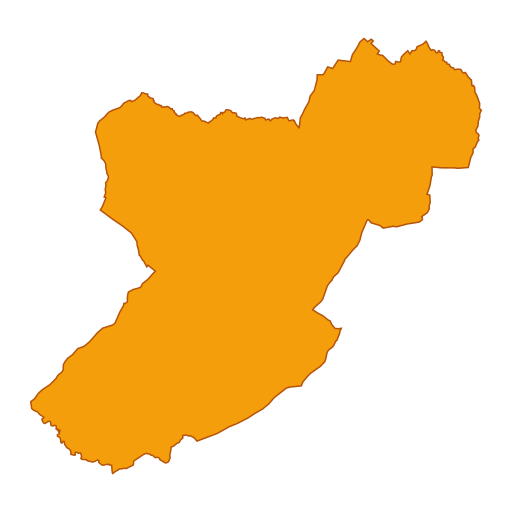 the district of Tunja, Boyacá, Colombia
{"feature_id": "7082276B30096704247804", "entity_name": "Tunja", "entity_type": "district", "adm_level": 2, "iso_a3": "COL", "parent_name": "Colombia", "parent_adm1": "Boyacá", "projection": "albers", "projection_center": [-73.373, 5.515], "detail": "fine", "context": "isolated", "style": "filled", "palette": "amber", "viewbox_px": 512, "rotation_deg": 0, "n_neighbors": 0, "source": "geoboundaries", "source_scale": "gbopen_adm2", "svg_char_len": 5944}
<svg xmlns="http://www.w3.org/2000/svg" viewBox="0 0 512 512"><path d="M471.9,85.5L471.4,79.9L470.4,79.4L469.3,77.8L468.3,77.2L465.6,72.7L465.0,72.4L463.9,73.3L462.3,72.1L460.7,69.3L457.5,69.2L454.6,69.6L453.2,67.7L451.8,67.6L449.9,66.2L449.4,64.4L447.0,63.9L446.7,62.2L445.3,62.1L443.9,60.6L442.6,60.1L442.5,59.5L443.4,58.4L443.4,57.6L443.0,56.3L442.1,55.5L441.9,52.8L439.7,52.1L439.6,51.0L438.8,50.6L438.1,51.2L437.6,52.7L437.0,53.0L435.9,52.5L434.7,50.3L432.5,49.7L431.1,50.3L429.1,47.4L427.2,43.0L426.0,41.2L423.8,43.4L421.8,44.7L417.1,46.7L416.4,48.8L415.4,50.1L414.5,50.6L412.0,50.7L409.9,54.0L407.8,50.7L403.8,54.3L401.8,56.6L401.2,57.7L400.7,61.0L400.2,61.9L399.1,62.2L395.9,61.4L395.5,61.7L395.2,63.9L393.4,64.3L392.7,64.3L388.2,61.0L382.4,55.2L381.2,55.4L377.3,54.0L379.3,51.1L371.2,43.6L371.1,43.2L373.3,41.1L371.3,39.2L367.6,41.7L364.0,38.5L360.0,41.9L357.1,47.5L352.4,54.7L350.4,61.6L338.1,60.1L332.7,68.5L327.7,66.9L324.3,73.1L322.9,74.8L317.2,74.8L317.0,79.9L314.3,90.5L310.1,96.1L308.9,101.8L304.6,109.3L302.8,113.4L300.3,117.9L299.5,125.8L298.9,127.7L295.7,123.8L294.3,120.7L293.9,121.0L293.3,120.0L291.1,120.2L289.7,120.9L288.8,120.6L287.3,117.4L283.1,118.0L279.8,117.1L278.2,118.4L275.2,117.8L271.8,119.2L270.5,120.8L269.9,120.5L268.9,119.0L265.8,119.9L265.4,119.8L264.9,118.3L262.0,117.3L260.4,117.4L259.4,117.9L257.9,117.5L251.4,119.3L250.1,118.5L249.4,118.5L245.8,119.9L245.4,119.6L245.3,118.2L244.9,118.0L243.4,118.7L240.3,117.8L236.7,116.0L236.5,113.7L236.0,113.2L234.5,112.7L232.5,112.8L230.9,110.9L229.9,110.3L226.8,109.7L225.9,109.9L224.8,112.0L222.9,112.6L222.5,113.8L221.2,112.4L220.9,112.4L219.7,114.6L218.5,114.9L216.4,116.1L215.9,118.0L213.7,117.9L212.8,119.6L210.6,121.4L209.2,122.0L208.9,122.9L208.2,123.1L204.2,121.1L202.0,121.1L199.2,117.3L198.0,116.4L197.6,115.2L195.5,115.5L193.4,112.9L191.7,111.9L188.2,112.1L187.0,113.1L184.7,113.3L183.9,114.4L181.1,115.4L180.5,116.1L179.3,116.2L178.1,115.8L176.1,114.7L176.1,113.9L174.3,112.4L174.3,111.2L172.5,109.9L172.3,108.7L170.7,108.9L169.0,107.2L167.1,106.4L164.7,107.3L164.0,106.8L161.9,107.1L161.2,106.5L161.3,105.6L159.2,105.2L158.8,104.5L157.2,104.5L154.9,102.9L153.7,101.4L154.0,100.7L153.2,99.9L153.1,98.6L149.7,97.8L149.3,97.0L147.7,95.9L147.7,94.0L145.2,93.8L143.7,93.0L141.7,92.8L140.4,95.6L134.8,100.3L131.5,101.7L130.7,100.4L128.9,100.5L123.6,103.3L121.7,106.0L119.5,107.8L112.6,110.2L108.6,112.3L104.8,116.7L99.4,121.1L97.8,123.3L95.5,132.1L99.4,146.0L101.4,156.4L101.2,157.9L104.0,160.6L105.7,163.9L106.0,168.9L106.9,172.0L106.7,173.1L108.2,175.6L108.4,177.5L107.1,181.2L105.8,182.4L105.6,183.1L106.0,185.3L105.2,189.3L105.7,192.9L104.2,197.1L105.9,197.5L105.8,198.1L102.6,206.1L100.3,210.0L112.2,218.9L122.6,226.0L131.5,233.1L136.9,241.7L137.2,245.7L138.3,249.0L139.3,255.3L140.3,256.0L142.3,259.8L143.9,261.4L146.8,266.9L148.0,265.2L155.4,271.2L152.8,273.7L148.2,279.1L142.4,283.7L141.1,286.8L138.8,288.0L133.2,289.5L128.5,292.0L127.8,294.0L127.3,298.2L127.5,300.6L127.0,302.2L125.1,303.5L123.9,303.3L123.5,305.7L119.9,311.9L114.9,323.4L112.6,325.0L102.8,328.1L97.4,332.8L89.5,341.8L84.3,346.2L77.7,348.7L72.4,354.8L67.6,358.3L64.9,361.8L63.4,364.6L63.1,370.3L61.4,372.6L59.2,374.1L57.4,376.0L56.2,378.3L50.1,384.5L42.2,389.8L38.4,393.3L34.4,398.9L30.7,401.7L31.7,408.5L33.7,410.3L37.7,412.0L39.5,414.3L43.9,417.3L43.7,418.0L42.0,419.0L42.2,420.5L43.5,422.8L44.6,423.5L45.1,423.4L47.7,421.6L49.2,421.3L50.2,421.7L50.6,422.3L51.0,425.5L52.9,426.0L54.6,425.3L55.9,425.7L56.3,426.4L56.1,429.0L56.4,429.4L57.8,429.1L57.8,430.5L58.1,430.7L59.1,430.1L59.9,430.2L60.0,430.8L58.7,432.0L59.5,432.9L59.4,433.6L57.4,434.9L57.4,436.1L60.0,437.7L60.7,439.9L60.8,442.3L61.2,442.8L62.0,443.0L63.1,441.4L64.1,441.4L64.8,444.8L66.1,446.1L66.5,447.4L68.8,448.8L70.5,450.5L70.9,452.1L70.9,454.4L74.9,455.3L75.3,454.7L75.0,453.0L75.6,452.3L77.0,452.4L78.3,453.2L80.3,453.0L80.8,453.4L81.6,456.4L80.9,458.6L82.1,459.4L86.2,459.7L87.4,460.8L92.5,462.0L93.5,461.9L97.8,459.9L98.8,460.6L98.7,462.4L102.2,465.2L104.3,465.0L106.9,464.2L107.6,464.6L108.8,464.2L109.4,465.0L111.6,465.2L112.3,472.7L112.9,473.5L114.3,472.2L119.2,469.2L120.1,468.8L122.0,468.9L123.4,468.3L126.3,468.5L133.1,465.1L133.5,464.4L133.6,461.6L134.1,460.8L143.2,454.7L146.1,453.3L147.4,453.8L149.3,453.9L151.1,455.2L152.6,455.4L155.3,457.7L157.6,457.3L158.6,457.6L159.7,458.8L159.7,459.6L165.5,463.0L167.8,462.3L168.6,461.5L170.1,457.9L169.8,454.9L170.8,450.4L171.1,447.1L173.5,446.2L176.7,443.5L179.2,442.4L180.2,440.4L182.8,438.0L182.8,435.5L186.5,435.0L188.8,436.1L190.3,435.8L191.5,436.1L191.9,436.7L193.7,437.4L197.0,441.1L217.1,433.5L229.3,426.7L237.7,423.3L248.1,417.9L254.9,413.4L262.6,409.0L269.0,403.7L274.1,397.7L286.6,387.9L290.5,387.0L301.3,385.9L302.9,381.9L307.4,376.5L310.4,373.4L320.5,366.2L324.7,361.9L325.9,358.4L327.0,352.9L327.7,351.3L328.6,350.1L332.5,347.0L333.8,345.3L335.7,341.2L336.8,340.5L339.8,332.9L339.7,331.9L341.3,328.3L338.8,328.7L335.4,328.5L334.5,327.9L331.6,324.3L330.2,321.0L327.4,319.5L324.4,316.9L321.7,315.1L318.5,313.5L312.6,309.7L315.3,306.6L320.3,302.2L322.6,299.4L327.4,285.8L330.2,281.9L331.8,280.5L333.5,276.9L338.1,272.8L344.4,260.9L345.2,258.7L346.6,257.5L352.8,250.0L357.2,245.6L359.9,240.1L361.7,232.8L367.1,220.2L368.1,219.7L368.6,219.8L371.3,222.9L379.6,225.4L381.5,226.6L382.2,227.6L383.2,227.7L383.4,228.1L393.6,226.2L394.9,226.7L397.0,226.7L407.1,224.0L419.2,222.1L422.5,219.6L422.4,218.2L421.7,216.6L427.3,212.7L429.3,208.8L429.2,205.7L430.2,202.6L429.8,195.1L427.0,194.3L429.9,185.9L431.5,176.6L432.2,175.1L432.0,166.9L440.9,167.8L454.7,167.9L457.7,168.3L468.3,167.5L470.8,157.4L473.1,152.7L473.0,149.1L475.4,146.8L477.4,141.8L478.8,140.4L478.7,139.5L478.0,138.7L479.0,135.4L478.3,134.0L476.3,132.4L475.9,131.1L476.3,129.2L478.0,126.0L478.4,120.9L479.7,117.4L479.7,113.9L481.3,110.3L479.4,108.2L479.7,103.5L476.8,95.5L474.9,92.0L474.6,87.1L473.6,86.2L473.5,85.5L472.3,85.8L471.9,85.5Z" fill="#f59e0b" stroke="#b45309" stroke-width="1.5"/></svg>